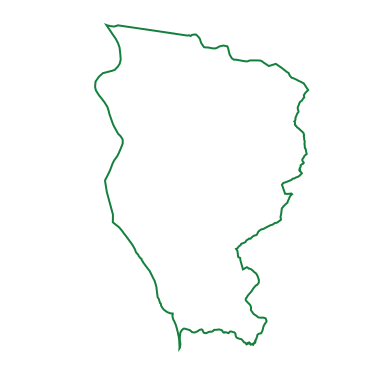 the district of Zambrano, Bolívar, Colombia, rotated 187°
{"feature_id": "7082276B24623397402700", "entity_name": "Zambrano", "entity_type": "district", "adm_level": 2, "iso_a3": "COL", "parent_name": "Colombia", "parent_adm1": "Bolívar", "projection": "natural_earth1", "projection_center": [-74.909, 9.762], "detail": "fine", "context": "isolated", "style": "outline", "palette": "green", "viewbox_px": 384, "rotation_deg": 187, "n_neighbors": 0, "source": "geoboundaries", "source_scale": "gbopen_adm2", "svg_char_len": 5843}
<svg xmlns="http://www.w3.org/2000/svg" viewBox="0 0 384 384"><g transform="rotate(187 192 192)"><path d="M297.3,347.3L290.5,339.4L286.3,334.7L283.6,330.8L281.5,326.5L280.1,320.7L278.9,314.8L279.4,310.5L280.9,307.4L283.7,303.7L286.3,302.5L294.9,299.1L298.5,295.0L301.2,289.8L301.0,284.5L299.8,281.2L295.9,276.4L293.6,274.3L289.9,270.5L286.4,266.2L284.7,262.6L283.6,259.6L280.4,253.1L278.9,250.1L277.3,247.5L272.6,241.0L269.4,238.4L267.3,235.8L267.0,234.3L266.7,231.6L267.7,227.6L269.4,221.7L270.6,218.4L273.1,213.9L274.2,210.9L276.1,203.1L278.2,197.0L279.6,193.5L279.6,192.2L276.5,181.5L267.7,159.9L266.9,152.3L260.1,148.1L256.4,144.7L254.5,142.5L252.2,140.3L248.6,136.5L244.3,131.8L241.4,127.8L240.5,125.7L240.1,125.3L239.6,124.7L237.9,123.3L237.7,123.0L237.0,121.9L235.3,120.2L233.9,119.4L233.6,118.3L232.3,116.9L232.3,116.6L228.9,113.0L224.3,108.3L218.1,98.9L215.9,93.8L213.3,83.4L212.0,81.9L210.1,77.8L209.6,77.6L209.4,77.5L209.0,76.1L208.6,75.1L207.4,73.6L206.2,72.3L205.0,71.4L202.1,69.8L198.3,68.9L197.5,68.9L196.4,69.1L196.2,68.4L196.2,67.6L196.3,67.4L196.2,66.0L195.6,64.4L194.8,62.8L193.9,61.6L192.8,59.7L191.6,57.6L189.0,51.1L188.4,49.1L187.6,47.1L186.7,43.5L185.5,36.9L185.4,35.2L185.0,36.0L185.0,39.1L185.1,40.0L185.5,41.7L185.8,42.5L186.3,45.1L186.4,46.6L186.4,51.0L186.0,52.2L185.1,53.8L184.0,55.1L183.5,55.4L182.3,55.5L181.0,55.2L178.1,54.8L176.8,54.4L176.3,53.9L174.8,52.9L172.8,52.8L171.3,53.3L170.9,53.6L169.3,54.6L168.0,55.8L167.5,56.1L167.1,56.3L165.7,56.8L165.2,56.6L164.7,56.2L164.1,55.0L163.0,53.7L162.5,53.6L160.8,53.6L160.5,53.9L159.8,54.1L158.6,55.0L158.2,55.2L156.3,55.7L155.3,55.8L154.0,56.7L153.8,57.2L153.3,57.8L150.6,58.3L148.3,58.9L145.7,58.5L144.9,57.8L144.3,57.0L143.9,56.5L143.6,56.4L142.8,56.3L142.5,56.5L142.3,56.9L142.1,56.9L140.5,56.8L138.8,56.3L138.4,56.5L137.6,57.9L136.9,58.3L136.4,58.3L132.9,57.8L132.3,57.5L131.7,56.7L131.2,55.1L130.9,54.2L130.0,52.9L129.8,52.8L127.1,52.1L125.2,51.9L124.6,51.6L123.1,50.3L122.1,49.1L120.5,48.9L119.4,47.4L119.0,47.7L118.7,47.8L118.6,48.2L118.3,48.2L118.2,48.8L117.9,48.8L117.8,49.2L117.0,49.7L116.4,49.3L116.3,49.1L115.9,48.9L116.1,48.3L115.9,48.2L115.4,48.3L115.1,47.9L114.9,47.7L114.6,47.9L113.9,48.1L113.6,48.5L112.8,47.7L112.7,47.7L112.6,47.9L112.7,48.4L112.2,48.9L111.9,49.4L111.9,50.1L111.8,50.3L111.6,50.4L111.3,49.8L111.0,50.0L110.8,50.9L110.8,51.6L111.2,51.9L111.2,52.1L110.9,52.5L110.8,53.1L110.5,53.3L110.5,53.7L110.3,53.8L110.1,55.4L109.7,56.3L109.8,57.5L109.7,58.0L109.6,58.3L108.5,59.4L106.2,60.2L105.4,62.2L105.0,64.1L104.7,66.9L104.3,68.4L103.5,70.2L102.3,72.4L102.3,73.1L103.3,75.2L103.6,75.5L104.2,75.8L106.4,76.0L107.6,75.7L109.4,75.6L110.8,75.6L111.2,75.8L111.7,76.0L112.3,76.6L115.7,78.3L116.9,79.3L117.3,80.0L117.9,80.5L118.6,81.4L119.1,82.0L119.2,82.4L119.3,84.6L119.8,85.8L120.4,86.8L121.0,87.4L123.8,89.6L125.0,90.7L125.6,91.5L125.6,92.2L125.5,93.0L124.7,94.1L124.3,95.4L123.6,96.6L122.3,98.5L120.7,100.9L119.4,103.8L117.3,106.9L116.7,107.4L116.1,107.6L115.5,108.7L114.8,109.6L114.7,110.4L114.8,112.0L114.9,112.8L116.1,115.4L116.6,116.4L117.2,117.2L117.6,118.0L118.0,118.4L119.1,119.4L120.3,120.0L121.2,120.6L121.8,121.2L124.1,122.6L126.0,123.0L126.4,122.9L127.8,123.9L128.4,124.0L129.2,123.5L129.7,123.2L130.2,122.6L132.0,121.4L133.0,123.8L135.5,129.8L135.8,130.7L136.0,131.9L136.1,132.3L136.7,132.7L137.8,132.8L138.2,133.3L138.6,134.1L138.8,135.4L139.7,139.0L140.9,140.4L141.3,140.9L140.6,141.2L139.8,142.0L139.3,143.0L139.0,143.6L137.4,145.1L136.9,146.4L136.7,146.6L134.4,147.8L132.8,148.9L132.2,150.3L132.0,150.7L130.6,151.7L130.0,152.6L129.8,152.7L129.1,152.6L128.2,152.8L127.8,153.3L127.4,154.1L125.4,156.0L124.9,156.3L123.3,156.9L122.7,157.3L122.3,158.0L122.0,158.7L121.4,160.6L120.2,162.0L119.3,162.8L118.6,163.3L116.6,164.1L115.5,164.8L114.8,165.4L112.3,167.1L110.2,168.5L107.9,169.5L106.4,171.0L105.7,171.4L104.2,171.8L103.7,172.1L103.1,172.6L100.3,175.3L101.1,178.1L100.8,181.6L100.9,182.4L100.8,184.0L100.9,185.7L100.8,186.7L99.4,189.0L97.2,191.8L96.0,192.9L95.9,193.3L95.9,194.0L95.8,194.6L94.9,197.0L94.6,198.7L93.8,200.3L92.4,202.0L93.4,202.6L95.4,202.0L97.3,201.7L99.1,201.7L99.4,201.6L103.6,210.2L102.8,211.5L102.5,212.1L100.4,213.0L95.1,215.9L93.6,217.5L92.4,217.8L90.7,219.0L88.4,220.2L87.3,221.2L85.2,223.9L86.8,225.5L87.5,225.7L88.1,226.8L87.5,227.2L88.0,227.7L88.0,228.3L88.0,228.7L87.7,228.9L87.4,230.0L87.2,230.6L87.4,231.0L87.4,231.8L86.0,233.2L85.6,233.3L84.9,233.9L84.7,234.4L84.7,234.9L85.5,235.5L86.1,236.3L86.5,237.3L86.4,237.7L86.0,238.8L85.3,240.0L84.9,241.4L84.1,242.4L82.8,243.6L84.6,248.9L84.8,249.1L85.1,249.2L85.3,249.4L85.7,251.2L85.7,251.7L86.0,252.8L86.3,253.3L86.2,254.3L86.3,255.7L86.4,256.3L87.1,257.9L87.3,259.6L87.9,261.0L87.9,261.3L87.6,261.7L88.4,263.9L88.7,264.3L90.7,265.8L90.8,266.0L91.7,266.4L92.6,267.2L93.2,267.5L93.4,267.9L94.5,268.4L95.7,269.1L96.3,269.9L97.1,270.3L97.2,270.7L98.0,271.2L98.2,272.4L98.1,273.0L98.2,273.3L98.6,274.3L99.0,274.5L98.5,275.2L98.1,276.5L98.4,278.0L97.0,283.0L96.2,283.9L96.1,285.0L97.1,287.3L97.4,288.6L95.9,294.4L94.1,296.1L92.9,298.7L92.1,299.4L92.8,301.8L91.4,304.5L89.1,307.3L94.3,313.4L97.1,314.5L99.4,315.2L101.6,316.1L104.6,317.1L107.1,317.6L108.7,319.0L109.8,320.4L110.6,321.9L112.5,322.7L116.2,325.0L119.0,326.6L124.4,329.4L131.1,326.4L136.9,329.3L138.5,330.3L140.2,330.8L144.9,330.4L150.7,329.6L152.7,328.5L154.9,328.2L165.0,328.7L166.5,328.4L168.8,329.6L171.4,333.0L173.8,339.4L174.7,340.9L178.7,341.2L182.8,339.7L184.3,338.4L186.5,337.3L189.3,337.1L193.3,337.4L195.7,337.2L197.7,337.2L200.9,340.8L202.0,343.0L202.6,344.5L203.6,345.9L205.7,347.7L207.3,348.8L207.8,348.6L208.5,348.7L209.2,348.4L210.9,348.1L211.3,347.9L211.9,347.1L212.2,346.8L212.8,346.7L213.8,347.2L214.2,347.2L215.6,346.7L286.0,348.4L287.3,347.6L288.5,347.2L289.5,346.7L293.1,346.7L294.3,346.9L295.5,346.9L297.3,347.3Z" fill="none" stroke="#15803d" stroke-width="2"/></g></svg>